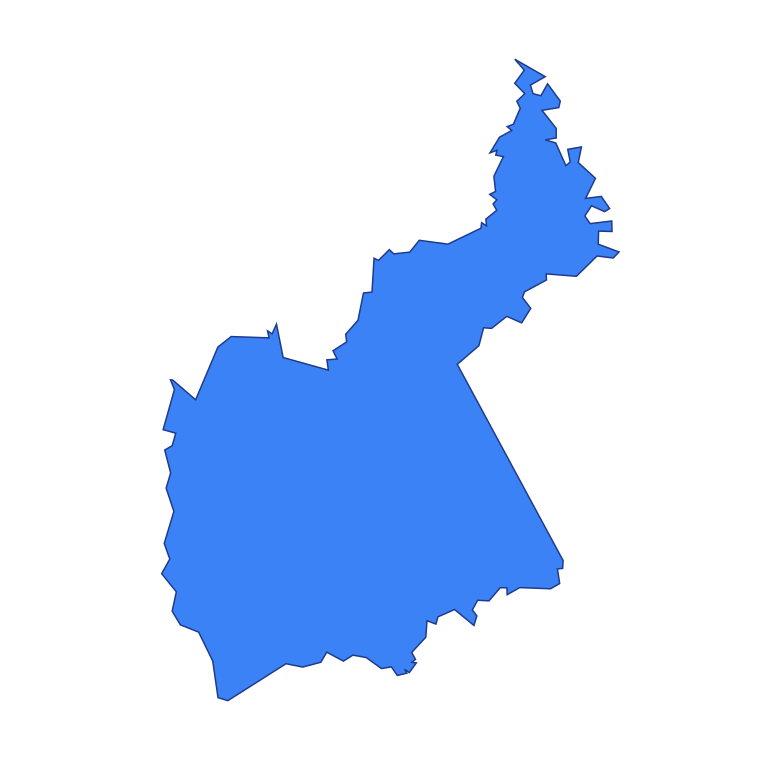 Vistahermosa, Meta, Colombia, rotated 257°
{"feature_id": "7082276B61594004967505", "entity_name": "Vistahermosa", "entity_type": "district", "adm_level": 2, "iso_a3": "COL", "parent_name": "Colombia", "parent_adm1": "Meta", "projection": "orthographic", "projection_center": [-73.544, 2.77], "detail": "medium", "context": "isolated", "style": "filled", "palette": "blue", "viewbox_px": 768, "rotation_deg": 257, "n_neighbors": 0, "source": "geoboundaries", "source_scale": "gbopen_adm2", "svg_char_len": 1956}
<svg xmlns="http://www.w3.org/2000/svg" viewBox="0 0 768 768"><g transform="rotate(257 384 384)"><path d="M147.0,500.2L150.1,510.3L164.8,511.4L164.1,516.6L171.7,518.8L386.7,459.8L400.0,485.1L416.4,493.7L414.0,501.3L422.3,518.8L412.6,531.9L424.7,544.0L437.2,538.3L442.2,541.6L448.8,565.7L454.8,566.8L445.7,595.7L460.8,620.4L455.2,635.7L459.8,642.7L472.0,624.2L484.7,627.5L481.3,640.5L491.6,642.6L493.9,620.9L502.6,617.5L511.0,626.3L502.3,637.7L504.2,643.3L517.9,637.9L519.5,622.2L536.8,636.3L556.1,623.1L570.6,629.7L571.3,615.8L558.4,615.4L555.8,610.3L580.2,605.6L585.6,596.0L585.0,607.1L594.3,609.3L615.1,599.5L614.0,616.5L620.0,619.4L639.7,610.9L629.6,601.7L633.4,594.5L642.3,593.9L647.2,610.2L671.0,584.5L658.2,591.3L647.6,579.0L635.2,586.5L629.6,577.0L622.1,578.8L608.0,568.5L607.1,561.9L602.3,565.5L598.5,552.1L585.4,539.3L586.3,546.6L581.9,544.4L578.7,551.5L561.7,537.8L546.5,536.0L545.0,529.7L538.1,535.4L534.9,530.8L527.9,532.9L521.7,520.3L515.1,519.5L519.2,515.4L514.0,513.5L505.9,477.7L516.1,450.7L506.7,438.8L508.6,422.8L513.7,419.4L505.7,406.5L508.8,402.6L476.3,393.0L477.3,384.5L452.0,373.0L441.1,357.9L433.4,357.1L427.9,341.8L418.9,343.9L420.4,333.8L410.0,332.9L432.5,291.7L466.5,292.7L458.0,286.2L461.9,282.5L454.8,282.4L464.6,245.8L457.4,230.5L411.0,196.9L435.4,179.0L436.1,176.9L425.8,178.6L389.2,158.5L382.9,170.0L371.6,163.8L369.0,155.5L345.3,156.1L331.6,148.3L307.1,150.6L278.1,134.0L261.6,135.9L249.2,124.7L228.2,134.9L210.3,126.5L195.1,131.4L183.9,147.6L152.6,154.8L115.7,151.7L110.6,160.6L133.5,225.6L126.5,241.0L127.1,259.9L135.6,267.9L123.1,282.1L126.8,292.7L121.5,305.1L107.3,317.5L106.7,327.6L97.0,331.4L97.1,341.2L101.4,339.9L97.1,343.7L105.0,352.8L106.5,348.5L108.6,352.7L116.2,350.6L127.9,367.8L143.7,372.6L138.4,380.6L145.0,384.2L148.4,402.0L128.5,417.3L137.1,422.3L144.0,419.3L152.2,426.6L149.1,437.5L159.4,451.5L157.7,457.9L151.0,456.6L155.1,470.4L147.0,500.2Z" fill="#3b82f6" stroke="#1e3a8a" stroke-width="1.5"/></g></svg>